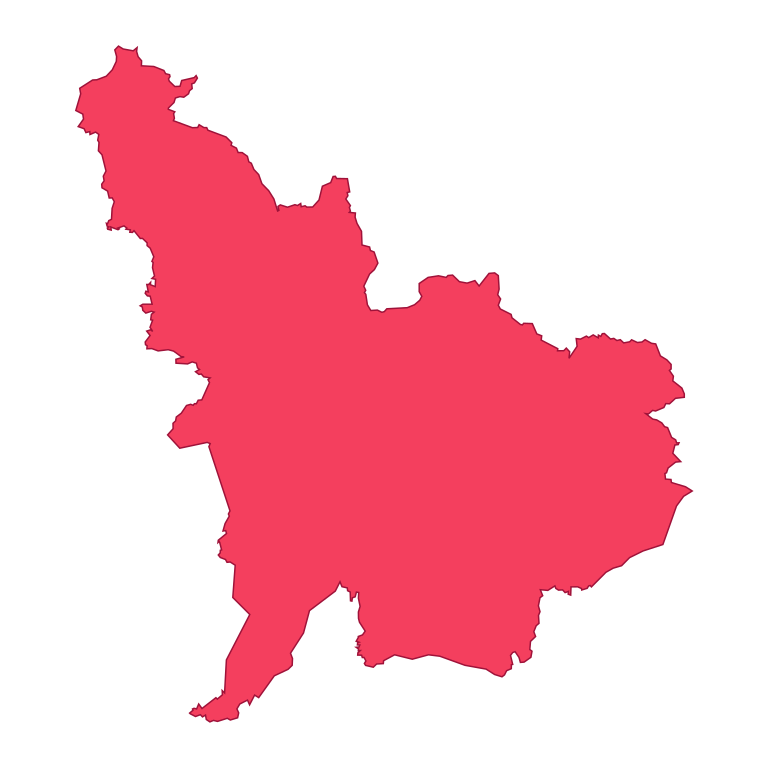 Tecolotlán, Jalisco, Mexico
{"feature_id": "50627088B33659977018142", "entity_name": "Tecolotlán", "entity_type": "district", "adm_level": 2, "iso_a3": "MEX", "parent_name": "Mexico", "parent_adm1": "Jalisco", "projection": "mercator", "projection_center": [-104.055, 20.276], "detail": "fine", "context": "isolated", "style": "filled", "palette": "rose", "viewbox_px": 768, "rotation_deg": 0, "n_neighbors": 0, "source": "geoboundaries", "source_scale": "gbopen_adm2", "svg_char_len": 6076}
<svg xmlns="http://www.w3.org/2000/svg" viewBox="0 0 768 768"><path d="M106.3,76.2L96.8,79.8L92.6,80.0L79.7,88.3L80.7,93.8L75.8,110.5L82.8,114.1L83.5,119.1L78.2,126.6L84.1,128.7L85.9,132.6L89.8,131.6L90.0,134.5L95.6,132.1L98.8,134.4L97.7,140.2L99.0,142.4L98.4,150.8L102.0,154.8L106.0,171.0L103.3,176.2L104.1,180.8L101.7,184.2L102.0,187.8L107.6,191.1L109.2,198.0L112.2,197.9L114.3,201.7L112.1,208.4L111.5,219.3L108.8,220.6L107.5,223.7L106.4,223.3L107.1,226.1L108.9,226.9L107.3,228.0L107.7,229.2L111.2,230.1L110.8,227.0L118.0,229.7L119.2,228.9L117.9,228.0L124.0,225.9L126.8,228.0L125.9,229.2L130.3,229.8L129.8,232.2L132.5,232.4L134.0,230.7L140.3,238.5L142.5,238.4L147.1,242.8L147.1,245.6L150.2,248.2L153.8,256.8L151.9,261.4L153.1,262.4L152.5,267.7L154.5,276.0L151.9,278.5L155.6,279.3L155.2,286.6L150.4,284.7L150.6,282.4L148.6,284.5L146.8,284.5L148.3,291.9L145.9,291.2L145.2,293.3L147.4,295.9L150.2,296.2L152.1,304.2L142.9,304.2L140.2,305.8L142.3,307.0L142.8,310.3L145.8,313.1L151.4,311.3L154.1,312.1L151.4,314.3L150.7,319.8L152.6,320.2L150.0,327.3L152.7,331.4L150.5,329.8L146.7,331.1L150.1,335.5L145.2,342.0L145.5,344.7L147.1,345.7L146.9,348.8L151.9,348.6L158.1,350.9L168.2,349.7L173.6,351.1L181.1,356.6L184.2,356.9L175.9,359.3L176.0,363.2L187.6,363.9L192.2,361.9L196.4,363.2L197.5,367.8L199.5,369.5L195.5,371.7L198.9,374.4L201.3,374.0L203.7,376.8L210.1,377.9L208.0,379.7L209.5,382.6L201.8,399.9L198.2,400.2L196.4,403.7L194.4,403.7L193.2,405.3L190.7,404.3L186.5,405.5L181.3,413.2L176.3,417.0L175.6,420.9L173.0,423.3L173.1,428.7L167.6,434.9L179.8,448.2L207.2,442.4L210.2,443.6L208.9,446.6L230.0,510.9L228.4,514.0L229.3,516.1L225.1,523.5L223.0,531.0L225.7,530.6L226.5,533.5L218.3,540.2L218.0,542.5L219.1,541.5L219.7,542.4L221.6,549.9L220.3,550.3L220.2,552.9L218.3,555.0L220.3,557.5L225.5,559.5L227.0,562.3L230.2,562.0L235.2,565.2L232.8,597.5L249.8,614.5L226.4,659.9L224.6,692.9L222.2,690.6L222.4,694.8L217.3,699.1L215.9,697.7L202.0,708.5L198.7,704.0L196.6,708.9L194.0,708.3L192.5,709.0L193.0,710.2L189.6,713.1L190.3,713.8L195.5,716.5L200.4,714.7L202.5,716.9L205.5,715.1L206.3,719.5L209.9,721.9L213.5,720.4L217.5,721.4L227.3,718.3L230.3,720.0L237.6,717.8L238.7,712.9L236.9,708.9L239.8,704.0L247.5,700.1L249.6,704.8L254.6,695.1L258.7,697.6L274.3,675.8L288.1,669.3L292.2,665.3L292.5,658.5L290.5,653.2L303.5,633.0L309.5,610.6L335.3,591.1L340.0,581.8L342.0,586.7L347.3,587.9L347.6,590.7L350.2,592.0L350.5,600.8L351.9,601.1L352.4,597.8L355.2,596.8L356.4,592.1L358.7,592.5L358.4,598.2L360.1,606.4L358.4,612.0L358.5,618.4L359.5,622.3L365.2,631.1L362.5,634.9L357.7,636.7L358.7,636.7L356.2,641.3L358.9,642.2L357.7,642.6L357.4,644.9L359.8,645.0L359.0,647.0L356.2,647.3L358.5,648.9L358.3,650.7L360.2,650.6L357.9,652.8L357.7,655.1L361.6,655.2L362.3,657.5L364.1,657.5L365.9,661.0L364.4,663.5L365.6,665.4L373.3,667.2L376.6,664.0L383.3,663.6L383.6,660.7L394.6,654.8L412.3,659.2L428.5,654.8L439.8,656.2L465.0,665.3L486.1,669.1L494.6,674.5L502.0,676.8L504.5,674.9L506.6,670.7L511.3,668.7L511.4,664.7L512.7,664.4L510.5,655.4L512.7,652.5L515.1,651.7L519.0,657.4L520.4,662.4L524.1,662.1L530.9,657.3L532.0,651.2L529.8,649.5L530.5,641.4L535.6,636.5L533.8,631.7L536.2,625.7L539.0,623.3L538.5,615.4L540.0,611.7L538.4,605.8L540.0,597.7L542.7,595.7L540.3,589.7L547.8,590.4L554.9,585.9L555.8,588.4L558.5,590.1L562.6,589.9L565.1,592.6L568.4,591.4L568.2,594.2L570.7,595.1L571.0,586.9L577.6,586.8L581.5,588.5L581.7,590.0L587.2,588.3L588.6,586.0L590.2,585.5L591.4,586.9L605.9,572.3L613.1,568.2L621.6,565.7L629.6,557.6L643.2,550.9L662.9,544.5L676.5,506.0L683.6,496.3L692.2,491.0L685.6,486.8L671.4,482.5L671.0,479.5L665.5,479.1L664.9,473.5L666.5,472.8L668.1,468.0L675.6,462.1L680.7,461.6L672.8,453.3L674.9,445.0L678.2,444.6L679.0,442.8L676.6,442.9L675.7,439.9L671.6,437.4L667.6,427.6L664.6,426.7L661.8,422.9L656.7,419.9L652.7,419.1L645.7,413.6L648.5,413.9L652.6,410.4L655.6,411.0L663.9,407.5L665.8,403.6L669.5,403.8L675.5,398.3L684.3,397.3L684.3,393.9L681.9,388.1L672.8,380.9L673.4,376.2L669.4,370.4L671.1,369.0L671.1,364.4L666.9,359.9L660.4,355.9L655.7,343.9L651.5,343.3L645.1,339.7L642.0,342.0L637.4,342.5L631.6,339.8L629.7,341.8L623.7,342.9L620.3,339.7L616.9,340.5L613.8,338.4L610.5,339.0L604.4,333.5L602.3,333.7L600.8,336.4L598.4,335.1L598.2,337.8L593.2,334.9L588.7,337.6L586.4,336.1L580.5,339.1L576.2,338.6L577.1,346.3L569.0,358.3L569.7,351.8L566.3,348.1L563.8,350.7L557.5,350.8L557.8,348.7L541.2,340.1L541.7,335.8L536.8,333.9L532.3,323.6L523.7,323.3L522.4,324.9L520.4,324.5L512.0,317.8L511.1,314.4L500.3,309.0L498.3,305.2L500.6,299.0L497.7,294.7L499.1,289.1L498.3,275.6L494.7,272.9L489.0,273.4L479.1,286.0L474.9,280.6L467.1,283.1L459.4,281.7L452.6,275.1L448.0,275.5L446.2,277.4L438.5,275.8L428.1,277.4L419.2,283.5L419.2,291.7L421.8,296.3L419.8,300.2L414.6,304.7L407.2,307.7L386.8,308.8L384.3,311.6L381.9,312.3L377.4,310.1L370.8,310.5L367.4,304.8L365.8,294.3L364.4,292.7L365.7,290.3L363.8,286.2L369.6,274.0L374.4,269.6L377.9,263.1L374.1,252.0L370.4,250.5L369.6,247.0L362.0,245.0L361.5,231.3L357.0,223.4L355.1,217.2L355.4,213.0L349.3,212.4L350.4,211.1L349.4,207.4L350.4,205.6L345.8,199.0L347.9,195.7L347.2,192.5L349.7,191.9L347.4,178.7L336.6,178.5L335.4,176.3L333.1,176.5L330.7,182.6L322.4,186.2L319.0,200.0L312.7,207.0L306.8,207.1L305.1,205.8L301.2,206.7L300.7,203.5L297.5,205.5L294.9,204.7L287.5,207.2L280.3,204.9L278.0,206.4L278.9,210.4L277.6,211.0L273.9,199.0L268.7,190.7L261.9,183.7L258.7,174.6L253.9,169.5L251.3,163.2L248.8,161.8L247.4,156.3L242.2,152.6L238.1,152.5L236.4,148.1L231.1,145.4L231.8,142.7L226.1,137.0L207.9,130.2L206.7,127.6L203.9,127.6L199.1,124.7L197.7,127.5L192.4,127.7L173.4,120.7L174.4,118.3L173.6,113.6L174.8,111.8L168.3,109.3L168.4,108.0L174.0,102.5L175.4,98.0L179.9,96.6L183.8,97.2L188.5,93.8L189.6,90.6L192.2,88.6L191.7,83.9L194.4,82.9L197.4,78.1L196.1,75.6L194.2,77.6L181.7,80.5L180.0,86.3L174.8,86.5L169.3,81.2L168.5,78.9L170.0,76.6L169.6,74.7L165.6,73.7L163.9,70.5L153.8,66.5L141.4,65.8L141.6,60.8L138.1,56.7L136.6,51.4L137.1,47.6L133.2,50.8L123.2,49.0L118.5,46.1L114.8,49.9L116.6,56.5L116.3,61.4L112.3,69.8L106.3,76.2Z" fill="#f43f5e" stroke="#9f1239" stroke-width="1.5"/></svg>